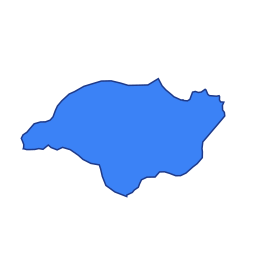 the district of Jongphyong, Hamgyŏng-namdo, North Korea, rotated 310°
{"feature_id": "82179303B98077140175950", "entity_name": "Jongphyong", "entity_type": "district", "adm_level": 2, "iso_a3": "PRK", "parent_name": "North Korea", "parent_adm1": "Hamgyŏng-namdo", "projection": "albers", "projection_center": [127.328, 39.697], "detail": "fine", "context": "isolated", "style": "filled", "palette": "blue", "viewbox_px": 256, "rotation_deg": 310, "n_neighbors": 0, "source": "geoboundaries", "source_scale": "gbopen_adm2", "svg_char_len": 1306}
<svg xmlns="http://www.w3.org/2000/svg" viewBox="0 0 256 256"><g transform="rotate(310 128 128)"><path d="M51.5,52.9L49.8,56.2L48.3,58.8L46.1,60.5L44.7,61.1L45.2,61.7L46.3,64.2L48.4,66.7L51.7,70.4L54.9,72.9L57.1,76.6L63.7,77.9L63.6,81.6L65.7,87.8L71.1,90.3L74.3,97.7L75.2,107.5L75.0,113.7L77.0,122.3L81.3,129.7L79.0,133.4L74.4,139.5L69.8,148.0L70.6,159.1L74.7,171.1L75.9,170.2L81.4,172.7L84.7,172.7L89.2,174.0L92.5,172.8L97.0,171.6L102.5,174.1L104.7,176.6L107.9,180.3L110.2,180.3L114.6,180.4L117.9,184.1L120.0,189.0L122.1,195.2L125.3,198.9L130.8,201.4L139.7,202.7L145.2,203.9L153.0,204.0L157.6,200.3L159.8,197.9L165.5,194.2L171.0,194.3L178.8,194.3L188.8,194.4L199.4,194.4L201.9,191.8L202.6,188.9L206.0,185.8L209.4,184.8L207.5,182.1L208.3,180.0L210.9,178.0L211.3,177.0L209.3,175.4L205.1,169.5L205.1,167.5L207.3,163.2L207.2,162.2L202.6,161.0L200.4,159.0L199.2,156.0L197.3,154.7L197.0,154.4L189.7,157.0L187.0,156.1L184.5,152.5L184.9,152.1L183.5,150.6L181.4,143.0L181.5,141.0L181.5,132.5L182.2,127.0L185.3,119.5L173.8,115.6L168.3,109.4L160.8,100.8L157.6,93.4L153.3,84.8L146.8,77.4L139.2,72.4L131.5,67.4L121.6,63.7L116.2,61.1L106.2,59.8L99.6,59.8L95.1,61.0L88.4,63.4L84.0,63.3L79.6,60.8L76.4,57.1L70.9,53.4L64.3,53.3L59.8,53.3L55.4,52.0L51.5,52.9Z" fill="#3b82f6" stroke="#1e3a8a" stroke-width="1.5"/></g></svg>